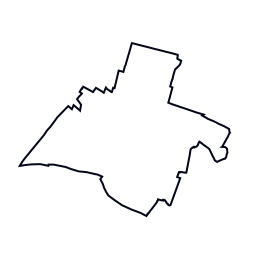 Gighera, Dolj, Romania, rotated 8°
{"feature_id": "2599482B25349704513245", "entity_name": "Gighera", "entity_type": "district", "adm_level": 2, "iso_a3": "ROU", "parent_name": "Romania", "parent_adm1": "Dolj", "projection": "orthographic", "projection_center": [23.823, 43.841], "detail": "fine", "context": "isolated", "style": "outline", "palette": "ink", "viewbox_px": 256, "rotation_deg": 8, "n_neighbors": 0, "source": "geoboundaries", "source_scale": "gbopen_adm2", "svg_char_len": 5201}
<svg xmlns="http://www.w3.org/2000/svg" viewBox="0 0 256 256"><g transform="rotate(8 128 128)"><path d="M228.3,114.9L224.1,113.3L223.9,113.2L223.4,113.0L222.4,112.7L221.9,112.6L221.1,112.4L220.6,112.1L220.3,112.0L219.5,111.8L218.8,111.7L218.3,111.5L217.3,111.3L216.4,111.0L216.2,110.8L215.3,110.5L212.3,109.5L211.0,109.1L210.6,109.0L210.1,109.0L209.9,108.9L209.6,108.8L208.4,108.5L208.2,108.4L207.4,108.2L206.2,107.9L205.5,107.7L205.2,107.5L203.8,106.9L203.2,106.7L202.1,106.3L201.3,106.0L199.9,105.4L200.2,105.2L200.3,105.1L201.2,104.2L198.5,103.8L195.2,103.3L194.2,103.2L191.6,102.7L187.5,101.9L186.4,101.7L185.2,101.5L185.1,101.4L182.9,101.0L181.6,100.8L178.1,100.1L177.5,100.1L177.1,100.0L177.0,99.9L174.2,99.4L169.6,98.5L168.8,98.4L168.5,98.4L168.4,98.3L167.2,98.0L165.5,97.6L164.4,97.3L165.2,91.4L165.3,90.3L165.5,88.6L165.7,87.5L165.7,87.0L165.8,86.0L165.8,85.9L166.1,83.8L166.3,81.8L166.3,81.6L164.0,81.0L164.1,80.6L164.1,79.9L164.2,79.6L164.3,78.9L164.4,78.3L164.4,77.8L164.4,77.7L164.5,76.8L164.7,75.8L164.8,75.2L164.9,74.8L164.9,74.7L165.0,74.0L165.0,73.8L165.2,73.7L165.2,73.4L165.3,73.2L165.4,72.7L165.4,72.2L165.3,71.7L165.4,71.0L165.4,70.7L165.5,70.4L165.5,70.0L165.8,67.9L166.1,65.9L166.1,65.5L166.2,65.2L166.4,63.8L166.4,63.7L166.5,63.5L166.6,63.3L167.0,62.8L167.2,62.6L167.7,61.9L168.2,61.3L168.7,60.6L169.2,60.1L169.4,59.9L169.5,59.6L169.6,59.4L170.1,58.8L170.4,58.4L170.5,58.1L170.6,57.9L170.8,57.2L171.0,56.3L171.0,56.0L171.0,55.7L171.2,54.6L171.3,54.0L169.8,53.5L169.3,53.3L167.6,52.8L167.3,52.6L167.2,52.5L167.2,52.4L167.1,52.2L167.2,50.3L167.2,49.9L167.2,49.0L167.1,48.9L167.1,48.7L166.9,48.6L166.2,48.5L165.4,48.4L163.1,48.1L160.6,47.8L159.7,47.7L156.7,47.4L154.6,47.2L148.5,46.5L147.7,46.4L144.6,46.1L139.3,45.5L136.7,45.2L130.0,44.5L128.5,44.3L125.6,44.0L121.4,43.5L120.1,43.4L119.9,44.0L119.1,50.0L118.7,53.0L118.2,56.1L117.5,61.2L117.2,63.1L116.8,66.1L116.3,67.2L116.2,68.7L115.6,73.1L110.8,72.5L109.7,84.3L109.1,90.4L107.7,90.2L107.0,94.7L106.6,94.7L106.1,94.5L104.8,93.7L102.4,92.6L102.2,92.5L100.5,91.0L99.1,96.5L97.0,95.4L90.7,92.7L88.9,96.2L88.5,97.2L88.4,97.3L87.2,96.8L81.9,94.8L77.9,93.3L77.1,95.3L76.8,95.1L76.0,96.8L75.1,99.0L77.5,100.2L77.4,100.4L77.4,100.5L77.1,100.9L77.0,101.1L76.8,101.4L76.7,101.6L76.6,101.8L76.0,102.5L75.8,102.9L75.4,103.4L75.2,103.7L75.1,103.8L74.8,104.2L74.7,104.6L74.5,104.9L74.4,105.0L73.8,106.0L73.5,106.5L76.5,109.5L76.7,109.9L78.3,111.5L78.1,117.5L76.6,116.5L71.0,112.9L69.8,117.2L68.9,116.6L65.8,114.6L56.6,127.1L53.5,133.0L50.9,137.6L48.0,142.0L45.7,146.8L30.0,172.5L28.1,176.0L26.4,179.8L26.1,180.6L31.3,179.0L37.2,177.5L46.1,176.0L54.3,176.5L54.4,175.3L59.6,174.6L71.8,175.3L76.9,176.5L85.1,177.8L93.1,177.5L102.9,178.3L104.1,178.3L109.2,179.7L107.7,182.5L111.0,187.1L112.7,190.7L115.2,194.3L118.0,197.6L125.3,201.6L133.1,205.4L142.6,208.2L152.5,210.4L158.4,212.6L159.2,210.6L159.4,210.8L161.7,206.7L163.0,204.5L166.9,197.5L167.0,197.1L167.1,196.7L167.1,196.4L167.1,196.2L167.6,195.8L167.6,195.7L167.6,195.2L167.7,194.9L167.7,194.5L170.0,194.8L170.7,194.9L171.4,195.0L172.2,195.0L172.7,195.0L172.5,194.3L172.6,194.2L172.8,194.2L173.3,194.2L173.5,194.1L173.8,194.1L174.0,194.1L174.4,194.3L174.5,194.4L174.9,194.7L175.1,194.9L175.2,195.0L175.4,195.2L175.5,195.4L176.0,195.7L176.0,195.8L176.5,196.6L176.7,196.8L176.8,197.0L177.0,197.2L177.1,197.3L177.6,197.5L177.9,197.5L178.0,197.7L178.1,197.9L178.2,198.0L178.3,198.1L178.4,198.3L178.5,198.4L178.6,198.5L178.9,198.7L179.8,198.8L180.0,198.8L180.8,198.4L182.9,188.5L186.7,170.4L183.5,169.7L184.6,164.7L185.2,164.8L185.2,164.7L185.1,164.4L186.4,164.2L187.3,164.2L187.8,164.2L188.1,164.2L188.5,164.2L188.9,164.3L189.1,164.3L189.4,164.3L191.7,164.2L191.8,164.2L191.9,163.9L191.9,163.7L192.0,163.5L192.0,163.4L192.2,160.3L192.2,159.2L192.2,158.8L192.3,158.4L192.3,158.0L192.3,157.2L192.4,155.4L192.4,154.6L192.4,154.3L192.5,153.9L192.6,151.9L192.6,151.6L192.6,150.6L192.7,149.2L192.7,148.9L192.8,148.4L192.8,148.0L192.9,145.9L192.9,144.5L192.9,143.4L192.9,141.9L193.1,140.1L193.3,139.8L194.9,138.2L195.3,137.8L195.7,137.6L195.8,137.5L196.0,137.7L196.3,138.1L197.1,137.6L198.5,136.8L198.8,136.3L198.9,136.1L199.1,136.0L199.3,135.8L199.5,135.3L199.6,134.7L200.0,133.2L200.1,132.3L200.2,132.1L200.6,131.8L200.8,131.6L203.1,132.9L204.1,133.5L204.8,133.9L205.9,134.5L207.4,135.3L208.9,136.1L210.1,136.7L210.8,137.1L211.4,137.5L211.6,137.7L211.8,138.1L212.3,138.7L212.6,139.2L213.7,140.9L215.1,143.1L215.6,143.8L216.1,144.5L217.0,145.7L218.3,147.7L218.5,148.0L219.3,148.4L219.9,148.7L220.9,149.1L221.0,149.0L221.6,148.7L223.2,147.7L224.1,147.1L225.4,146.3L226.3,145.8L226.9,145.4L227.7,145.2L228.3,144.9L228.3,144.5L228.6,144.2L229.0,143.8L229.2,143.5L229.4,140.1L229.9,138.5L229.7,137.7L229.3,136.3L229.3,136.2L229.2,135.8L229.1,135.4L228.9,135.0L228.4,134.3L228.3,134.2L228.0,134.0L227.0,133.4L226.9,133.4L226.4,133.4L223.7,133.6L223.9,133.4L224.1,133.1L224.8,131.1L225.1,130.5L225.9,128.3L226.1,127.7L226.5,126.7L226.9,125.6L227.3,124.5L227.4,124.4L227.6,124.1L228.0,122.9L228.4,121.6L228.9,119.9L229.3,119.0L229.4,118.8L229.5,118.5L229.6,118.4L229.4,118.2L229.2,118.0L229.2,117.9L229.0,117.6L228.9,117.3L228.5,115.8L228.3,114.9Z" fill="none" stroke="#020617" stroke-width="2"/></g></svg>